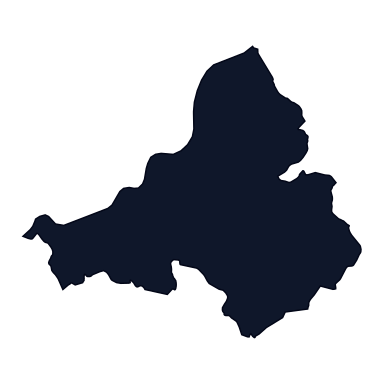 the border of Trenciansky
{"feature_id": "SVK-1055", "entity_name": "Trenciansky", "entity_type": "Region", "adm_level": 1, "iso_a3": "SVK", "parent_name": "Slovakia", "parent_adm1": "", "projection": "orthographic", "projection_center": [18.211, 48.911], "detail": "fine", "context": "isolated", "style": "filled", "palette": "ink", "viewbox_px": 384, "rotation_deg": 0, "n_neighbors": 0, "source": "natural_earth", "source_scale": "10m", "svg_char_len": 4955}
<svg xmlns="http://www.w3.org/2000/svg" viewBox="0 0 384 384"><path d="M173.3,154.4L180.9,150.9L187.6,144.7L192.4,136.7L193.9,129.0L193.6,113.5L193.6,111.4L194.4,102.1L197.3,90.7L201.6,80.1L207.0,71.2L213.7,64.9L244.2,53.0L252.6,46.4L253.6,47.9L257.7,49.2L257.8,51.9L257.8,52.6L258.0,53.3L258.2,53.9L272.3,77.2L272.8,78.4L273.1,79.3L273.0,79.8L272.7,80.7L272.6,81.1L272.8,81.7L273.9,83.9L274.2,84.6L274.3,85.2L274.3,85.5L274.6,86.3L277.5,91.5L278.7,93.2L280.0,94.5L285.5,98.1L285.8,98.2L286.6,98.2L287.2,98.3L287.9,98.8L290.7,101.4L291.6,102.0L292.5,102.4L293.8,102.7L298.0,105.4L299.2,106.4L301.0,109.0L301.7,110.7L301.8,113.2L301.7,114.6L301.9,116.0L302.2,116.7L304.9,121.1L298.8,127.5L298.0,128.8L298.3,129.5L298.7,129.6L299.6,129.6L302.9,130.5L303.3,130.9L303.9,131.3L304.4,131.9L304.7,132.5L305.4,134.0L305.6,134.4L306.0,134.7L306.8,135.2L307.2,135.5L307.6,135.9L307.9,136.4L308.0,136.9L307.9,137.6L307.6,139.0L307.5,139.5L307.5,140.1L307.7,140.5L307.7,141.0L307.6,141.6L307.2,142.6L307.0,143.3L307.0,144.0L307.7,148.6L307.2,150.6L306.0,152.9L303.1,157.3L300.5,160.4L298.3,162.1L291.5,164.1L290.1,165.0L288.7,166.3L286.6,170.1L285.3,171.4L284.4,172.2L277.7,176.2L279.0,179.0L280.9,180.5L285.1,181.2L288.3,182.3L289.2,182.5L290.9,182.1L296.9,178.5L298.5,177.0L299.3,175.8L299.4,175.2L299.5,174.6L299.9,174.0L302.8,170.8L303.3,170.8L303.9,171.3L305.3,174.1L305.8,174.8L308.0,174.8L315.3,172.6L324.8,175.0L329.2,175.4L330.5,176.1L331.4,176.8L336.0,182.7L334.9,183.8L334.4,184.5L333.8,185.1L333.4,185.5L332.9,185.8L332.6,186.1L332.4,186.5L332.3,187.1L332.1,187.8L331.8,188.6L331.1,189.6L330.8,190.3L330.9,191.7L332.3,196.9L332.4,198.7L332.3,200.1L331.7,202.2L331.5,203.1L331.6,204.1L331.9,205.7L332.0,206.5L331.9,207.4L331.6,209.6L331.6,211.5L332.1,212.6L333.1,213.9L338.3,218.6L338.9,219.0L339.5,219.2L340.5,219.6L341.1,219.9L342.0,220.4L342.5,220.7L343.5,221.0L347.1,224.4L348.5,225.2L349.2,225.7L349.2,226.0L348.7,226.7L348.6,227.5L348.7,228.7L349.4,231.2L350.2,232.9L351.7,235.3L359.6,245.0L360.3,246.1L361.0,249.4L360.8,251.7L360.6,252.4L360.1,253.3L359.3,254.4L356.6,260.2L353.5,265.1L352.7,265.7L351.6,266.0L348.3,266.2L347.0,266.9L345.9,268.3L340.5,278.7L339.6,279.9L336.4,282.8L335.6,283.7L335.2,284.4L335.7,287.4L335.7,288.8L334.2,289.2L332.9,289.3L320.3,286.0L314.2,294.9L310.8,298.9L309.8,300.4L309.2,301.5L308.8,302.6L308.7,303.2L308.7,303.8L308.7,304.3L308.7,304.8L308.7,305.4L307.9,307.7L307.8,308.3L307.7,309.0L285.2,312.0L282.6,317.6L266.4,327.5L259.1,334.0L255.7,336.0L255.3,336.4L255.1,336.8L255.1,337.2L254.8,337.5L254.3,337.6L252.7,336.3L251.2,334.1L250.8,333.8L250.3,334.1L249.7,335.3L249.2,336.6L249.1,336.9L247.5,336.8L241.8,334.7L239.2,326.9L237.0,322.1L236.0,321.0L231.5,317.9L230.3,316.6L229.5,315.8L228.6,315.5L225.8,315.5L224.8,315.2L224.2,314.6L224.1,313.0L223.4,312.2L222.8,311.4L222.4,310.0L222.5,307.7L224.4,304.3L226.4,301.3L227.7,298.0L227.6,295.9L225.7,292.8L223.1,290.2L219.1,289.2L209.2,283.5L207.3,280.9L204.8,276.2L203.6,274.5L198.6,269.3L196.7,268.1L180.4,264.6L180.0,264.1L179.8,262.6L179.8,261.6L179.7,260.9L179.1,260.4L178.4,260.0L173.6,259.6L172.0,260.9L170.8,262.4L170.6,263.3L170.7,264.5L171.2,266.6L171.4,268.1L171.5,269.6L171.4,271.9L171.6,272.9L171.8,273.5L172.1,273.7L172.3,274.1L172.5,274.6L172.7,275.7L173.7,278.0L173.9,278.3L174.0,278.4L174.4,278.6L174.5,278.7L174.7,279.3L174.9,279.6L175.2,279.9L175.4,280.2L175.7,280.6L176.1,282.8L176.2,284.8L176.1,286.3L175.7,288.5L175.3,289.4L174.8,289.8L173.8,289.3L173.2,288.9L172.3,289.1L171.7,289.6L167.3,294.4L145.0,289.5L144.6,288.7L144.1,287.9L142.6,286.3L141.5,285.8L140.3,285.7L139.4,286.0L138.6,286.5L137.3,286.9L136.5,286.7L135.4,285.7L133.6,282.7L131.8,281.0L131.0,280.4L130.3,280.2L130.1,280.5L130.0,280.9L130.0,281.3L130.1,281.8L130.2,282.4L130.0,282.8L128.7,283.1L120.8,283.3L116.6,282.6L112.3,280.4L111.6,279.9L111.1,279.3L108.6,274.7L106.6,272.2L103.6,270.6L99.7,271.7L92.5,274.7L91.1,276.0L90.5,276.3L89.7,276.5L87.5,276.5L86.9,276.3L85.3,274.5L84.8,274.3L84.4,274.5L84.3,275.0L84.1,275.7L84.0,277.2L84.1,278.3L84.1,278.8L84.0,279.3L84.0,279.8L84.0,280.5L83.3,281.4L82.6,282.7L75.2,284.9L71.9,283.0L71.4,283.0L70.8,283.1L70.4,283.6L69.9,284.0L68.3,284.9L62.9,289.5L58.1,278.6L55.5,274.8L53.4,272.6L52.4,271.3L51.8,270.3L51.1,266.5L50.5,265.4L49.2,264.3L48.8,263.4L48.7,262.6L49.1,261.3L49.5,260.4L50.4,258.8L50.8,257.9L51.2,256.6L51.5,256.0L52.4,255.1L52.8,254.1L52.9,251.7L52.3,249.5L51.1,247.3L49.2,244.7L48.3,243.5L47.6,242.9L45.6,242.4L45.1,242.2L44.7,241.9L44.3,241.6L43.9,241.3L41.8,238.8L39.1,234.9L37.9,233.6L36.7,233.4L32.9,238.2L32.1,238.9L31.5,239.0L30.8,239.0L28.1,238.3L23.0,236.3L30.3,229.6L32.8,226.3L34.9,221.3L35.6,219.1L39.8,216.4L45.2,214.9L48.6,216.5L55.5,224.0L63.8,225.4L89.3,215.6L107.9,208.4L112.0,205.1L119.9,191.5L123.6,188.4L129.2,187.5L134.1,188.4L138.4,188.1L142.6,184.0L144.5,179.3L146.3,168.5L147.8,163.4L150.8,157.3L155.6,154.3L161.1,153.4L173.3,154.4Z" fill="#0f172a" stroke="#020617" stroke-width="1.5"/></svg>